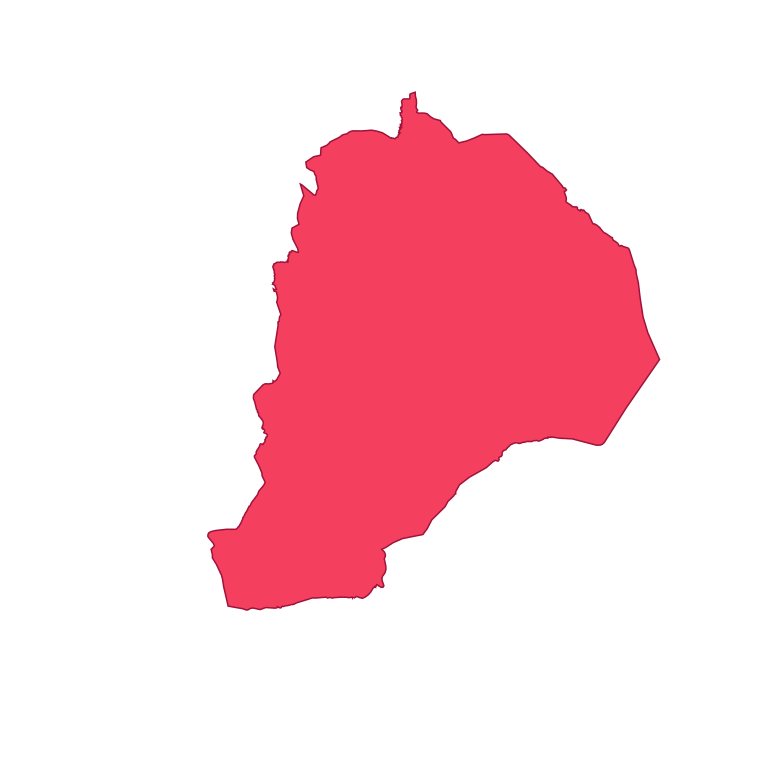 Aremark nor, Østfold, Norway (Equal Earth projection), rotated 41°
{"feature_id": "86288312B17022032090609", "entity_name": "Aremark nor", "entity_type": "district", "adm_level": 2, "iso_a3": "NOR", "parent_name": "Norway", "parent_adm1": "Østfold", "projection": "equal_earth", "projection_center": [11.67, 59.186], "detail": "fine", "context": "isolated", "style": "filled", "palette": "rose", "viewbox_px": 768, "rotation_deg": 41, "n_neighbors": 0, "source": "geoboundaries", "source_scale": "gbopen_adm2", "svg_char_len": 6170}
<svg xmlns="http://www.w3.org/2000/svg" viewBox="0 0 768 768"><g transform="rotate(41 384 384)"><path d="M412.1,653.9L424.6,646.4L428.7,644.7L429.6,643.5L430.5,640.9L432.0,639.1L438.6,635.4L441.4,630.3L449.0,624.5L450.1,623.0L450.3,622.1L450.0,621.9L451.8,621.5L453.0,620.7L453.1,619.6L452.8,619.1L453.0,618.5L454.2,617.8L455.1,616.1L456.7,614.4L459.0,611.0L459.8,610.4L460.1,609.5L460.6,609.2L461.5,606.7L470.3,592.5L473.5,589.7L480.1,582.9L481.9,582.5L482.6,581.2L483.4,580.5L485.8,579.2L486.1,578.4L491.7,572.8L495.8,569.4L497.5,568.5L499.5,566.1L499.8,565.8L500.5,566.2L500.3,565.6L501.9,564.8L501.8,564.6L502.1,564.3L502.8,562.3L506.0,561.1L508.3,559.9L509.5,557.4L510.4,553.6L510.5,549.8L509.7,545.4L509.9,543.8L510.8,543.2L510.1,543.0L509.9,542.5L510.6,542.0L510.7,541.6L510.1,540.2L511.1,539.7L512.1,540.0L512.5,539.7L514.6,539.5L515.9,538.8L516.6,537.8L516.6,537.2L516.1,536.2L511.6,533.6L509.9,531.9L509.0,530.0L508.7,526.4L508.3,525.1L507.0,522.5L504.8,520.2L499.1,515.9L498.6,515.1L498.2,513.4L497.3,512.1L494.8,510.6L490.8,510.2L492.7,505.8L494.9,498.0L499.3,488.6L512.1,472.1L511.5,464.7L509.2,455.2L510.6,436.6L509.3,430.7L510.0,422.9L509.7,420.8L510.2,419.9L508.7,418.1L507.1,410.6L509.6,398.3L516.1,380.0L517.2,371.1L518.2,368.4L520.3,367.7L520.8,367.1L520.6,365.6L519.4,364.7L518.9,363.9L520.0,361.7L519.9,360.4L518.2,358.3L517.8,356.8L518.2,355.5L518.0,355.3L519.1,353.8L519.0,351.8L519.4,346.8L521.4,342.6L523.3,340.9L524.7,340.5L526.0,339.0L527.0,337.0L528.1,335.9L529.6,333.6L533.3,330.4L534.3,328.3L535.7,327.2L536.1,326.5L537.7,325.9L538.6,325.2L540.6,320.9L540.5,320.2L541.3,319.3L541.4,318.8L542.7,317.9L542.7,317.2L542.9,317.1L542.5,316.9L542.5,316.6L545.0,314.8L544.9,314.3L552.5,309.4L562.1,301.9L584.5,290.8L587.4,288.1L588.4,286.0L588.6,283.3L582.4,242.8L575.9,184.7L549.6,172.3L535.5,163.4L520.5,150.7L509.5,140.7L501.6,134.9L499.2,132.4L494.5,130.0L481.4,121.9L479.6,121.2L478.3,121.5L474.2,123.4L473.1,123.4L472.0,124.0L471.6,125.0L470.9,125.4L468.1,124.5L464.6,124.7L463.0,125.2L460.8,124.3L460.6,123.8L460.1,123.7L459.2,124.2L452.8,124.8L450.6,125.5L445.5,124.8L445.2,124.5L440.2,124.5L437.8,125.1L437.1,125.9L435.3,125.5L427.5,121.9L426.2,121.7L423.6,122.3L420.7,121.7L420.1,122.1L420.2,122.8L418.4,122.9L418.0,123.2L417.9,123.8L418.5,124.6L418.3,124.8L415.7,125.1L415.1,125.0L414.4,124.1L413.3,123.9L409.9,126.7L408.6,126.3L402.0,127.2L401.1,126.3L400.9,125.5L399.2,123.7L394.0,120.7L393.7,120.3L394.5,119.1L394.4,117.8L393.0,117.6L392.5,117.2L391.9,117.4L391.7,117.8L389.9,118.3L389.2,117.7L373.3,115.2L367.5,116.3L361.3,116.4L359.6,117.3L340.4,115.5L315.2,114.1L313.8,114.3L312.3,115.0L296.5,129.6L294.3,131.2L290.7,139.2L286.9,146.4L282.3,152.9L277.3,152.5L275.0,152.9L270.0,150.3L268.3,149.8L257.6,149.1L254.6,148.8L253.7,148.2L247.8,151.1L243.7,151.8L239.3,151.7L236.7,153.1L232.1,157.1L230.3,157.5L229.9,156.8L229.9,155.3L226.9,154.4L224.5,151.0L222.1,148.4L218.8,146.1L216.1,143.3L213.5,147.8L213.8,148.9L216.0,151.2L216.1,152.0L215.8,152.5L212.2,155.6L211.5,156.7L211.5,158.3L212.0,159.4L214.2,161.1L216.1,163.7L215.2,164.1L215.3,164.5L217.2,166.0L218.6,166.2L218.6,166.8L219.2,167.5L218.3,168.9L219.0,169.1L219.9,170.4L220.8,170.3L221.9,171.1L223.1,171.2L224.1,172.5L224.4,173.8L225.3,173.9L225.9,175.0L226.5,175.3L226.3,176.8L227.3,177.1L226.4,177.5L227.1,177.9L227.0,178.6L228.8,178.9L227.8,179.9L228.9,179.9L228.9,180.4L228.3,180.6L229.1,181.0L228.7,181.3L229.3,182.7L229.2,183.2L230.7,183.7L230.0,183.9L230.1,184.8L231.2,185.0L231.7,185.5L231.3,186.6L232.5,188.7L231.8,189.2L231.5,190.0L231.5,191.7L229.4,192.5L228.9,193.2L228.1,193.3L228.0,193.8L218.2,195.4L213.0,197.7L208.2,200.5L201.2,207.6L194.5,213.3L193.0,215.4L192.2,217.6L192.0,219.4L190.0,222.0L189.1,223.8L188.5,227.0L184.5,236.6L184.6,238.5L184.2,241.4L181.5,247.0L186.0,253.0L181.8,258.6L179.4,267.8L183.7,271.4L187.7,270.9L191.7,269.6L194.4,271.2L196.1,271.6L197.8,273.0L198.5,273.7L198.4,273.9L205.3,278.9L206.4,280.3L206.5,282.3L207.5,283.9L208.3,286.4L207.3,287.3L191.3,287.6L189.7,288.0L200.0,294.6L202.5,303.0L206.8,311.8L210.2,316.0L215.1,319.2L212.3,326.6L214.9,330.8L220.5,334.6L229.9,338.4L232.4,340.2L232.9,340.9L231.7,341.7L227.2,343.5L226.8,344.4L227.4,345.6L226.2,346.4L226.5,347.5L227.5,347.9L227.8,348.7L227.2,349.2L227.7,350.2L227.6,350.5L229.0,351.2L229.9,353.0L229.9,353.7L231.0,354.1L231.4,355.1L230.2,355.2L230.2,356.2L228.8,357.8L228.2,357.9L225.8,359.8L225.8,360.3L223.3,362.3L223.4,362.9L222.9,363.6L223.0,364.0L222.1,365.8L222.4,366.5L223.0,366.9L222.8,367.1L223.1,368.4L225.3,369.8L226.3,370.0L226.2,370.3L227.2,370.8L228.4,372.3L229.9,372.8L230.3,373.6L230.0,374.0L230.3,374.4L232.1,375.7L232.0,376.1L232.7,376.5L234.1,379.0L233.7,380.7L234.5,380.9L234.5,381.8L236.0,381.2L237.6,381.3L237.6,381.6L239.4,382.6L240.6,382.9L239.9,384.5L238.1,384.8L238.5,385.1L240.3,386.1L240.7,385.5L242.5,385.2L246.7,388.3L248.9,391.5L249.1,392.5L260.7,399.3L261.1,401.9L263.7,405.6L263.3,406.8L265.6,409.2L277.1,427.5L288.9,437.3L292.5,440.8L298.6,444.0L300.2,450.9L299.6,454.3L298.1,454.3L299.3,455.9L299.4,456.5L297.1,459.4L294.2,461.8L293.6,463.0L293.2,464.4L292.6,476.8L292.8,477.9L294.8,480.5L298.3,482.4L304.5,486.8L306.4,487.2L306.6,488.0L307.2,488.3L308.3,488.3L310.4,490.2L314.5,490.7L314.7,491.1L316.2,491.1L317.4,491.7L319.0,493.2L319.8,495.1L319.8,495.7L320.8,496.4L320.4,496.5L320.7,497.3L322.1,497.6L322.7,497.0L323.2,497.0L324.3,497.4L324.7,497.7L325.2,499.6L328.0,498.7L329.5,499.0L330.4,501.2L329.9,501.5L330.7,503.6L330.7,504.4L331.8,505.0L331.9,505.4L332.1,507.3L331.9,508.5L332.3,509.1L330.1,510.1L330.0,510.6L331.1,513.5L331.8,518.3L332.4,519.5L333.4,520.6L333.3,523.2L334.0,524.1L343.7,528.0L350.0,531.1L352.3,533.3L358.9,536.2L359.7,539.5L359.8,546.8L361.2,550.6L361.8,560.2L362.9,564.1L362.4,564.8L364.0,570.7L363.9,571.7L365.2,576.2L365.1,577.4L365.8,578.4L366.9,581.7L368.0,587.0L367.7,587.4L367.9,589.0L367.6,590.8L360.4,597.0L352.9,605.2L350.2,609.0L349.4,611.2L349.8,612.8L350.8,614.4L352.3,615.0L359.7,616.2L362.0,617.3L362.3,618.7L362.0,620.5L362.4,621.2L361.9,622.1L366.7,625.6L368.5,627.8L375.7,630.0L386.7,634.9L390.0,637.1L395.9,642.1L412.1,653.9Z" fill="#f43f5e" stroke="#9f1239" stroke-width="1.5"/></g></svg>